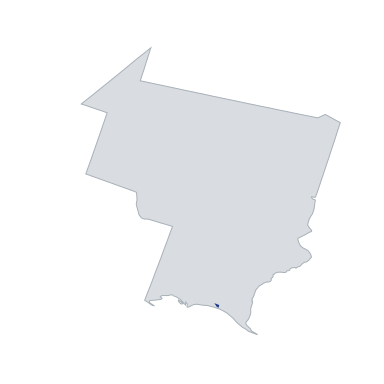 Toujounine, Nouakchott, Mauritania shown in context, rotated 291°
{"feature_id": "47542326B78041808774540", "entity_name": "Toujounine", "entity_type": "district", "adm_level": 2, "iso_a3": "MRT", "parent_name": "Mauritania", "parent_adm1": "Nouakchott", "projection": "albers", "projection_center": [-15.928, 18.086], "detail": "fine", "context": "in_parent", "style": "filled", "palette": "blue", "viewbox_px": 384, "rotation_deg": 291, "n_neighbors": 0, "source": "geoboundaries", "source_scale": "gbopen_adm2", "svg_char_len": 3455}
<svg xmlns="http://www.w3.org/2000/svg" viewBox="0 0 384 384"><g transform="rotate(291 192 192)"><path d="M170.4,325.6L169.9,325.4L167.7,323.9L166.6,322.1L164.8,320.8L162.4,319.9L160.8,318.9L160.1,317.7L159.2,316.9L158.2,316.5L158.1,316.1L158.4,315.5L158.1,314.4L156.7,312.1L155.3,311.0L154.2,311.2L153.6,310.9L153.2,310.4L153.0,309.6L152.2,308.9L150.9,308.6L149.8,306.9L149.0,303.6L147.9,301.0L146.6,299.2L145.7,298.6L145.0,298.4L144.7,298.2L144.6,297.6L143.6,297.4L142.2,298.0L140.9,297.8L140.3,297.0L139.4,296.9L138.3,297.6L137.1,297.4L135.8,296.3L135.0,295.1L134.9,294.0L132.6,291.7L128.1,288.3L123.3,286.7L118.1,286.9L115.2,286.8L114.6,286.3L113.9,286.3L113.3,286.9L112.6,287.1L111.9,286.7L111.4,287.0L111.3,287.9L109.4,288.3L105.9,288.4L103.1,288.9L101.0,290.0L98.0,290.5L94.1,290.3L91.7,289.9L90.9,289.3L89.7,289.1L88.3,289.5L87.0,291.2L85.8,294.3L84.9,296.0L84.1,296.5L83.3,298.7L82.8,302.6L82.2,304.3L82.2,294.7L83.3,291.1L83.7,287.9L86.1,281.0L89.0,275.3L91.6,267.7L92.6,260.4L92.3,253.2L91.5,246.8L90.2,242.6L88.9,236.5L87.0,233.3L83.6,230.4L82.8,228.8L83.6,228.2L85.7,227.8L87.1,225.6L84.2,226.4L87.5,219.7L88.5,215.1L88.4,212.1L89.0,210.3L86.5,206.2L84.6,201.2L83.6,200.3L82.6,199.9L82.5,201.1L81.9,202.2L80.7,201.5L78.6,197.8L75.7,191.8L74.7,191.2L73.8,192.0L73.3,192.8L72.2,197.8L71.9,195.8L72.4,193.5L73.1,190.6L74.0,186.6L76.5,186.6L81.1,186.6L90.3,186.7L94.9,186.7L104.0,186.6L108.6,186.6L117.8,186.6L122.4,186.5L131.5,186.4L136.1,186.4L145.3,186.2L149.9,186.2L152.9,186.1L152.7,183.3L152.5,181.0L152.3,178.0L152.0,175.0L151.8,172.0L151.6,169.2L151.4,166.3L151.2,163.7L151.0,161.3L150.7,159.9L149.7,157.2L149.5,155.8L149.7,154.4L150.3,153.0L152.0,150.5L154.7,148.6L157.8,146.3L160.1,144.6L161.3,144.2L165.0,143.5L167.8,142.2L170.6,140.9L171.8,140.2L171.9,137.8L170.8,86.4L184.6,86.1L188.2,86.0L213.6,85.2L217.2,85.1L235.6,84.4L235.5,82.0L235.4,78.5L235.2,73.8L235.0,69.0L234.7,60.6L234.5,57.1L238.3,59.3L245.7,63.7L249.5,65.9L256.9,70.2L264.5,74.6L272.0,78.9L275.7,81.1L279.5,83.2L283.3,85.4L287.1,87.5L294.7,91.8L297.8,93.6L302.7,96.5L307.3,99.2L311.9,101.9L305.1,102.3L295.9,102.8L289.7,103.2L283.3,103.5L277.3,103.8L278.1,108.7L278.9,113.9L279.7,119.2L280.6,124.4L281.4,129.7L283.9,145.5L284.7,150.8L285.6,156.1L286.4,161.3L287.3,166.6L288.9,177.2L289.8,182.5L290.6,187.7L291.5,193.0L292.4,198.3L293.2,203.6L294.9,214.2L295.8,219.5L296.6,224.8L297.5,230.0L298.4,235.3L299.2,240.6L300.1,245.9L301.0,251.2L302.7,261.8L303.6,267.1L304.5,272.4L305.4,277.6L306.2,282.8L308.8,285.3L312.1,288.6L311.5,293.4L310.7,299.2L309.9,305.6L301.3,306.0L292.9,306.5L271.8,307.5L267.6,307.7L246.6,308.6L242.4,308.8L234.2,309.1L231.8,309.0L230.9,308.6L230.5,305.3L229.8,305.6L229.0,306.6L228.6,307.6L228.8,308.9L228.7,310.1L226.0,310.6L222.3,311.5L218.5,312.2L214.6,312.2L213.3,311.9L211.9,311.6L208.7,311.2L207.1,311.2L205.1,311.4L202.9,311.7L202.2,312.3L200.5,314.8L198.9,317.6L197.8,317.6L196.6,316.1L193.1,313.3L189.0,309.6L187.1,307.8L186.1,307.5L184.2,308.9L182.6,310.3L180.9,312.2L180.1,314.0L179.5,316.1L179.3,318.6L178.8,321.4L177.4,323.8L175.8,325.6L174.5,326.4L174.1,326.9L170.4,325.6ZM85.7,221.4L84.4,223.5L83.8,222.7L83.6,221.3L84.8,219.4L85.3,218.4L86.3,218.0L85.7,221.4Z" fill="#d9dde1" stroke="#a8b0b8" stroke-width="1"/><path d="M94.3,257.4L95.5,257.3L95.5,256.0L95.5,255.0L95.0,255.7L94.9,255.8L94.7,256.0L94.5,256.4L94.5,256.5L94.5,256.8L94.4,256.9L94.4,257.0L94.3,257.4Z" fill="#3b82f6" stroke="#1e3a8a" stroke-width="1.5"/></g></svg>